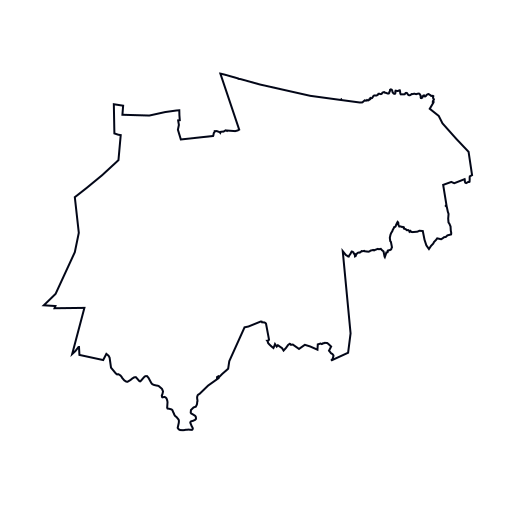 outline of Rayón, San Luis Potosí, Mexico, rotated 7°
{"feature_id": "50627088B63046987106360", "entity_name": "Rayón", "entity_type": "district", "adm_level": 2, "iso_a3": "MEX", "parent_name": "Mexico", "parent_adm1": "San Luis Potosí", "projection": "natural_earth1", "projection_center": [-99.555, 21.802], "detail": "fine", "context": "isolated", "style": "outline", "palette": "ink", "viewbox_px": 512, "rotation_deg": 7, "n_neighbors": 0, "source": "geoboundaries", "source_scale": "gbopen_adm2", "svg_char_len": 6023}
<svg xmlns="http://www.w3.org/2000/svg" viewBox="0 0 512 512"><g transform="rotate(7 256 256)"><path d="M410.5,88.7L413.5,81.9L413.4,81.2L412.7,81.3L412.7,80.9L413.5,78.8L412.8,78.0L412.4,77.4L412.5,75.7L412.1,75.5L411.5,75.5L411.1,75.7L410.4,75.8L409.7,75.2L408.2,74.6L407.6,74.2L406.8,74.5L405.6,75.4L405.2,76.4L404.3,77.1L403.6,76.8L403.2,76.1L402.6,76.3L402.2,76.9L401.8,78.5L401.4,78.7L401.1,79.1L400.4,79.1L400.1,78.5L399.9,76.7L399.4,76.3L399.1,75.7L398.5,75.2L397.9,74.9L396.2,75.4L395.5,75.8L394.6,75.8L393.4,75.6L391.3,76.3L390.7,76.3L390.2,76.9L389.5,77.5L388.7,77.8L387.8,77.7L387.0,77.1L386.3,76.2L385.8,75.8L385.1,75.8L384.6,76.0L383.9,77.3L383.3,77.5L380.0,77.9L379.5,77.3L379.2,76.3L378.9,74.9L378.5,74.0L378.0,74.1L377.4,74.6L376.6,75.0L374.4,74.9L374.2,75.7L374.5,76.6L374.4,77.7L374.1,78.1L373.4,78.2L372.6,77.8L372.1,77.3L371.7,77.0L370.9,75.0L370.6,74.6L370.2,74.3L369.4,74.2L368.8,74.7L368.8,75.8L368.7,76.5L368.3,77.1L368.3,78.0L367.9,78.6L367.0,78.7L364.9,78.2L364.0,78.2L363.3,77.7L362.6,77.9L361.7,78.4L360.9,79.8L360.2,80.1L359.5,80.1L358.5,79.9L357.7,80.1L357.3,81.1L356.4,81.8L355.8,82.1L354.0,82.2L353.4,82.5L352.9,83.1L352.5,84.1L351.9,85.1L351.0,85.5L350.3,85.2L350.1,85.5L350.1,86.5L349.3,86.7L349.1,87.4L348.2,88.0L347.2,87.6L346.7,88.2L346.2,88.5L345.0,88.2L342.8,90.6L340.4,91.0L321.8,90.8L321.5,90.2L320.8,90.8L290.3,90.4L239.0,85.3L219.1,82.3L216.9,82.3L216.7,82.2L216.5,81.9L215.7,81.8L202.8,79.8L198.5,79.3L198.4,79.3L223.9,132.6L222.6,133.6L220.1,134.6L211.7,135.0L211.7,135.3L210.5,135.0L208.6,136.5L207.2,136.7L205.8,137.1L205.6,137.5L205.5,138.1L204.8,137.5L201.8,136.8L199.9,137.1L200.0,137.5L199.2,138.9L199.0,140.5L199.0,141.3L198.8,142.1L167.2,149.5L163.1,140.2L163.5,135.3L162.2,130.9L163.8,130.5L162.8,125.5L162.1,120.7L159.2,121.3L148.3,124.2L133.0,129.6L106.2,132.1L105.8,123.0L96.4,122.7L100.5,151.6L104.5,152.4L107.0,152.5L107.8,177.6L93.3,194.7L79.6,209.1L69.0,219.7L77.3,254.6L75.7,274.3L61.7,318.0L51.4,330.8L63.0,330.1L62.4,332.4L92.0,328.4L85.5,375.7L88.3,372.4L90.9,368.0L91.4,367.9L92.8,375.7L117.0,377.9L119.4,371.4L121.7,372.9L122.0,373.2L123.1,374.8L125.7,384.5L131.2,389.7L131.3,389.7L132.6,390.5L133.7,390.1L134.3,390.3L136.0,391.1L137.5,392.5L137.8,393.1L140.4,395.5L142.5,396.5L143.8,396.5L146.5,394.4L148.4,392.4L149.2,391.9L149.8,391.3L151.5,390.9L152.8,392.0L155.1,394.1L155.7,394.5L156.5,394.5L157.3,393.4L159.3,390.4L160.2,389.2L161.1,388.7L162.5,388.5L164.2,390.1L167.4,394.6L168.0,395.3L168.8,395.9L170.4,396.4L173.0,396.7L174.0,396.7L175.2,396.9L178.1,398.8L178.9,399.4L180.2,401.7L180.2,402.2L179.9,404.7L179.5,405.8L179.7,406.2L179.7,406.7L180.0,407.5L180.3,407.7L182.4,407.0L183.4,407.4L184.3,408.0L185.0,409.1L185.7,410.8L186.0,412.0L186.3,417.4L186.8,418.2L188.2,418.2L190.5,418.5L191.3,418.8L191.8,419.2L193.2,421.7L193.7,422.2L194.1,423.3L195.3,424.7L196.7,425.5L199.0,427.7L199.4,428.4L199.6,429.2L199.7,431.0L199.2,436.1L199.4,436.4L200.5,437.5L201.9,438.0L204.7,437.8L205.8,437.6L207.6,437.0L208.6,436.9L210.1,436.5L211.7,436.5L213.6,436.4L214.1,435.9L214.3,435.0L214.0,434.2L212.7,432.4L211.1,429.5L211.2,428.7L211.7,428.0L213.5,427.3L215.6,426.0L216.3,424.9L216.1,424.2L216.0,423.4L215.7,422.7L215.0,422.0L212.2,420.7L211.0,420.3L210.3,419.5L210.2,416.8L212.5,413.9L214.6,412.9L215.4,410.7L215.5,409.3L215.4,408.0L215.6,407.3L215.4,406.0L215.1,405.2L214.8,403.7L214.8,402.6L215.1,401.3L215.5,400.7L216.8,399.7L224.3,390.4L233.2,382.3L232.2,381.9L232.1,380.9L233.4,379.9L234.2,380.6L236.9,377.1L242.1,371.3L242.3,363.6L253.2,328.6L253.3,328.2L257.1,326.9L268.6,320.5L269.6,320.4L270.1,321.1L272.3,320.9L273.5,321.3L274.2,322.0L279.1,337.4L278.8,338.1L278.4,338.3L278.2,338.7L277.6,338.8L277.8,339.0L278.7,341.0L280.1,342.2L282.4,343.9L284.5,345.2L285.0,343.7L285.6,341.1L287.6,343.4L288.6,341.9L293.1,344.3L294.9,346.5L296.9,343.7L298.7,340.4L300.2,339.0L300.8,339.2L301.5,339.9L303.3,339.4L310.0,343.0L315.3,338.2L320.8,339.2L328.4,341.5L328.1,336.2L330.8,335.0L331.9,335.4L332.8,335.0L333.2,334.4L334.1,334.3L334.8,333.8L337.3,333.7L338.6,334.5L341.6,336.7L340.0,341.1L341.6,342.6L342.3,343.4L343.7,343.9L344.9,345.1L345.1,345.6L344.6,348.8L343.3,350.6L359.2,340.8L359.3,321.3L341.5,240.6L345.1,244.1L346.3,244.6L347.6,245.3L348.1,245.3L348.5,244.1L349.6,242.1L350.0,240.8L350.4,239.9L351.3,240.0L352.2,240.5L352.8,241.7L353.7,241.8L354.3,244.3L354.9,243.9L355.3,242.1L356.1,241.1L356.4,240.6L357.3,240.1L358.6,240.0L358.8,239.8L358.8,239.6L359.6,239.1L360.3,238.2L361.2,238.3L362.8,237.7L363.5,238.1L364.7,238.0L365.4,238.1L366.0,238.0L366.8,238.1L368.1,237.6L368.7,237.0L369.2,236.6L370.7,236.1L371.3,235.8L371.6,235.9L372.1,235.7L372.5,236.0L372.6,235.9L376.0,234.1L377.2,234.3L379.0,233.7L380.2,234.8L382.0,235.9L383.7,241.0L384.0,241.4L384.8,237.7L384.9,236.6L386.1,236.3L386.2,236.1L386.3,235.3L386.1,234.6L386.3,234.4L386.9,234.3L387.6,233.9L388.1,233.9L389.3,233.0L389.4,232.7L389.6,231.6L389.9,230.8L388.2,225.6L387.4,224.8L386.6,221.6L386.9,218.4L387.4,216.6L388.3,214.7L388.5,213.6L389.4,211.4L389.6,210.5L390.7,210.0L391.0,209.5L391.2,208.1L391.6,207.6L391.6,206.9L392.4,204.9L393.0,205.4L393.3,206.0L393.3,207.2L394.6,209.3L394.8,209.3L396.0,209.0L397.1,209.4L398.3,209.2L399.3,209.5L399.4,209.8L399.3,210.5L399.5,210.8L401.3,211.1L402.5,212.0L403.3,211.9L403.7,211.7L404.3,211.9L404.9,212.3L405.4,213.2L406.3,212.3L407.1,213.2L408.5,213.2L413.2,212.2L415.2,211.0L418.5,210.9L421.3,219.4L423.8,224.7L426.8,228.0L428.5,224.6L430.4,222.1L431.0,220.4L432.8,218.0L433.7,216.4L437.7,216.8L439.1,215.7L440.4,214.4L442.0,214.0L443.5,212.2L447.0,210.8L447.0,209.4L446.2,206.9L445.5,203.0L444.0,200.4L443.0,199.3L442.2,195.5L442.0,190.8L441.0,188.7L439.4,184.0L438.2,183.2L438.2,182.9L438.3,182.7L438.9,182.5L433.1,162.6L440.8,158.7L443.9,159.6L453.7,154.3L453.9,154.8L454.2,156.6L454.6,157.4L454.9,157.8L455.8,158.0L457.1,157.0L457.6,156.7L458.7,156.5L458.9,156.3L458.7,153.3L458.5,152.5L458.5,150.9L460.6,149.4L454.3,126.7L440.6,115.4L424.9,101.6L420.3,94.7L410.5,88.7Z" fill="none" stroke="#020617" stroke-width="2"/></g></svg>